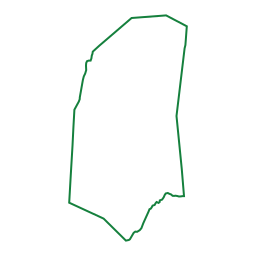 the district of Caraúbas, Rio Grande do Norte, Brazil
{"feature_id": "56859067B59174850425629", "entity_name": "Caraúbas", "entity_type": "district", "adm_level": 2, "iso_a3": "BRA", "parent_name": "Brazil", "parent_adm1": "Rio Grande do Norte", "projection": "equal_earth", "projection_center": [-37.578, -5.774], "detail": "fine", "context": "isolated", "style": "outline", "palette": "green", "viewbox_px": 256, "rotation_deg": 0, "n_neighbors": 0, "source": "geoboundaries", "source_scale": "gbopen_adm2", "svg_char_len": 930}
<svg xmlns="http://www.w3.org/2000/svg" viewBox="0 0 256 256"><path d="M69.2,202.7L103.6,218.6L125.9,240.6L128.8,240.0L129.9,239.3L133.7,232.8L135.3,231.6L137.1,231.8L139.7,230.2L141.4,228.2L143.3,223.2L148.5,211.7L149.5,209.2L150.7,208.7L151.6,207.5L152.6,205.6L154.6,205.0L155.6,203.2L156.6,202.0L158.5,202.9L159.6,202.1L159.8,200.4L162.1,199.6L163.7,197.3L164.7,195.0L165.7,193.5L167.8,193.0L169.3,193.8L171.0,194.4L172.6,195.8L174.2,195.9L175.5,195.7L177.2,196.0L179.0,196.5L180.8,196.4L182.6,196.1L184.0,196.1L181.8,169.4L179.3,144.2L176.5,116.0L184.6,48.3L185.4,45.1L185.8,39.9L186.8,26.3L166.1,15.4L131.6,18.0L129.5,19.8L99.4,45.6L92.8,51.6L92.4,54.0L91.8,55.5L91.4,58.4L90.6,60.6L88.7,60.6L87.0,61.2L86.2,63.0L86.0,65.6L86.2,70.1L85.2,73.5L83.8,76.4L82.9,79.9L80.7,92.3L79.8,97.3L79.7,99.2L78.8,101.6L77.0,104.9L74.4,109.7L73.4,127.6L72.5,145.9L70.7,176.2L69.2,202.7Z" fill="none" stroke="#15803d" stroke-width="2"/></svg>